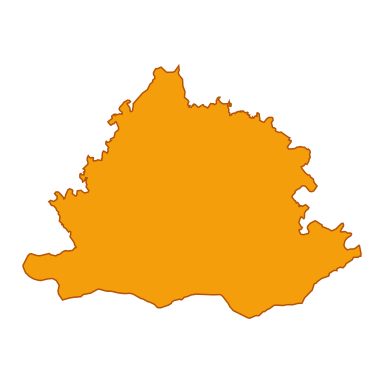 the district of Bougouriba, Bougouriba, Burkina Faso
{"feature_id": "67063806B9563364372336", "entity_name": "Bougouriba", "entity_type": "district", "adm_level": 2, "iso_a3": "BFA", "parent_name": "Burkina Faso", "parent_adm1": "Bougouriba", "projection": "albers", "projection_center": [-3.423, 10.888], "detail": "fine", "context": "isolated", "style": "filled", "palette": "amber", "viewbox_px": 384, "rotation_deg": 0, "n_neighbors": 0, "source": "geoboundaries", "source_scale": "gbopen_adm2", "svg_char_len": 5970}
<svg xmlns="http://www.w3.org/2000/svg" viewBox="0 0 384 384"><path d="M178.7,65.8L174.8,71.4L173.1,72.2L166.6,72.3L161.0,67.1L157.7,68.6L155.6,68.8L153.5,72.6L153.5,74.7L154.7,76.3L154.8,78.5L152.7,80.2L152.7,81.9L150.1,84.1L147.4,89.7L142.7,93.0L133.1,103.9L133.4,104.6L132.5,110.6L131.5,111.6L130.3,111.4L129.7,107.5L127.0,103.8L127.4,103.2L129.2,102.9L130.5,101.7L129.7,100.5L127.5,100.2L123.7,102.4L122.5,104.5L120.3,106.5L119.1,108.8L119.8,110.4L121.8,111.9L122.3,113.7L122.1,114.3L120.1,113.8L117.0,114.7L115.4,114.2L115.0,115.4L114.1,114.3L111.7,116.1L112.2,118.5L108.0,121.6L108.2,122.4L110.5,125.1L111.1,125.1L113.3,123.7L114.1,123.6L115.6,121.7L116.2,121.9L118.5,127.3L118.6,129.6L115.1,132.5L114.1,137.3L110.6,138.9L110.2,140.7L110.9,140.7L109.7,141.8L107.4,142.4L106.5,141.3L106.0,141.7L105.8,144.0L108.7,147.5L107.9,148.8L108.0,151.4L107.3,153.1L103.7,151.0L103.3,151.2L102.6,152.4L102.1,156.0L102.4,157.5L101.5,158.8L102.0,159.9L100.8,160.5L97.9,159.8L96.5,160.6L93.5,160.9L93.0,160.1L93.5,157.9L93.1,157.5L90.0,157.8L88.3,155.7L87.3,157.8L87.1,159.9L87.9,162.1L87.9,164.1L83.1,168.8L84.7,169.6L84.7,171.8L83.9,171.8L83.5,172.4L84.3,174.0L84.0,174.7L82.2,175.0L80.9,173.6L80.4,173.6L79.9,174.4L79.9,177.5L82.3,179.9L82.7,182.0L84.9,180.4L85.7,177.5L87.2,178.0L86.0,180.5L86.2,183.2L87.0,184.5L86.2,186.1L86.2,187.1L88.8,190.6L88.1,192.1L84.9,192.9L83.9,192.7L81.0,190.3L77.3,190.8L76.7,195.1L76.2,195.9L75.0,195.8L72.3,193.5L72.7,190.6L72.0,189.7L69.6,188.8L67.9,189.9L65.8,194.6L64.8,198.5L63.8,198.9L63.5,197.6L60.5,194.0L58.3,192.0L56.1,191.9L54.6,193.5L55.9,195.3L57.2,196.1L57.0,198.7L56.4,199.6L53.7,201.5L50.6,200.4L48.8,201.7L50.4,203.2L50.4,204.2L51.6,205.4L53.9,206.0L55.8,208.1L56.8,210.5L58.6,212.2L58.2,213.8L60.0,216.3L59.4,221.1L62.8,224.4L61.1,224.4L63.2,225.2L63.3,226.5L64.0,227.4L65.7,228.3L68.5,232.0L69.6,231.3L70.6,231.8L70.7,234.4L70.0,236.6L74.1,242.5L74.7,245.2L76.2,247.1L75.7,247.8L74.7,247.9L72.5,250.4L67.3,251.1L66.1,250.6L64.9,250.8L62.8,251.7L59.5,254.4L57.9,254.5L55.8,255.9L50.9,254.8L49.2,253.5L39.8,255.8L36.5,255.5L31.5,253.8L29.9,253.9L28.0,255.6L23.0,265.4L23.3,267.4L25.6,272.7L29.1,276.2L33.4,278.8L38.1,280.2L40.9,280.5L47.8,278.9L51.3,278.6L52.9,278.6L56.3,280.5L59.2,285.3L58.0,291.0L58.6,294.1L62.5,300.0L69.3,298.0L75.7,297.0L77.4,297.2L78.7,296.6L80.1,296.9L81.4,296.3L83.0,294.6L90.7,293.1L97.0,289.6L98.9,289.0L106.4,291.1L111.7,291.3L118.2,292.9L124.5,293.6L129.9,293.3L133.1,294.1L141.1,298.6L143.3,299.1L147.7,301.6L149.8,302.1L154.5,304.4L157.5,307.6L160.6,307.8L168.5,305.1L171.1,303.5L172.0,301.9L173.9,300.6L180.0,299.1L181.0,299.8L182.0,299.6L184.3,297.2L186.6,296.8L191.9,294.7L193.9,294.6L195.1,294.1L213.5,294.8L219.3,294.6L220.9,294.8L222.7,296.3L228.2,303.4L229.8,306.6L233.3,310.6L247.6,317.7L249.8,318.2L255.7,315.6L258.9,315.7L263.1,311.7L264.6,311.6L267.9,309.2L269.3,308.8L274.4,305.1L283.6,305.5L286.6,304.7L292.9,304.7L298.0,303.4L302.0,303.2L304.6,297.8L312.2,290.1L314.2,283.9L316.1,283.1L317.9,281.2L321.8,278.4L328.6,276.1L328.5,275.6L329.2,275.0L329.1,273.5L333.0,271.0L334.1,270.4L337.0,270.6L336.7,269.3L337.7,268.3L340.3,267.2L343.0,267.8L345.1,265.7L346.2,263.6L352.3,259.7L353.4,257.4L358.3,257.2L359.3,256.3L360.8,256.2L361.0,253.6L359.4,245.6L359.0,245.3L355.5,248.1L353.6,249.0L350.9,249.0L347.2,249.8L344.7,247.5L343.9,245.1L345.0,240.6L347.4,237.8L350.4,236.0L351.4,234.9L351.5,233.9L351.1,233.3L349.8,233.0L347.4,233.1L346.1,232.0L344.3,231.5L341.8,232.0L340.7,231.8L340.5,231.2L341.1,229.8L343.4,226.3L343.6,225.1L343.0,223.3L341.5,223.5L335.8,229.1L331.7,230.9L328.4,229.0L322.3,226.7L322.1,225.1L315.7,221.0L314.7,220.9L310.1,223.4L307.6,226.3L307.4,228.3L309.0,231.3L308.4,233.4L303.5,234.7L300.8,234.2L299.3,231.5L299.2,229.6L300.3,229.7L301.5,229.0L302.3,227.3L301.3,227.0L299.2,223.3L298.9,222.4L300.2,218.3L301.2,216.7L303.8,218.7L304.4,217.8L304.6,212.9L306.1,210.6L308.3,208.9L308.9,207.6L305.7,204.7L302.4,206.3L300.8,205.6L299.3,206.6L298.8,206.2L299.5,205.2L297.8,202.7L297.3,202.4L296.3,203.0L295.5,201.0L294.0,199.9L292.0,197.0L292.3,195.7L295.1,192.7L295.0,191.3L297.8,189.1L299.2,188.8L302.1,185.9L303.9,185.8L305.6,186.4L309.6,191.3L310.7,191.6L312.2,191.6L314.0,190.7L317.1,186.1L314.0,182.3L313.3,179.1L310.5,176.9L309.6,175.0L308.0,175.0L305.9,173.5L302.3,169.1L301.2,166.9L303.8,165.7L305.5,163.7L307.0,164.4L308.9,161.0L309.0,159.2L309.9,158.1L310.2,156.7L309.5,154.8L310.2,152.3L309.8,150.5L308.2,149.0L307.6,149.5L306.8,149.4L304.6,147.2L302.5,147.2L300.1,146.5L299.2,147.2L297.3,147.0L295.1,148.5L288.8,149.1L287.4,147.3L288.3,145.5L291.0,142.1L291.1,140.7L290.0,140.7L289.8,139.9L288.7,139.8L289.8,137.8L288.4,137.3L281.0,132.1L278.6,132.5L276.2,131.3L275.4,130.7L275.7,128.9L274.4,127.9L272.6,127.6L271.4,122.7L273.1,120.2L272.6,117.7L271.1,117.3L268.6,117.5L266.5,119.1L264.2,122.1L263.1,122.1L259.6,120.3L259.9,118.8L259.4,117.0L259.3,114.2L258.2,113.1L257.6,112.8L256.9,113.2L256.8,116.3L255.1,116.0L253.9,118.0L252.5,116.9L252.5,117.9L251.3,118.1L249.5,117.1L249.8,116.4L248.8,115.6L249.4,114.9L247.3,114.3L248.0,112.7L247.4,112.3L246.0,112.7L244.6,112.4L243.0,110.9L241.6,111.8L241.2,111.0L240.4,111.1L240.0,111.9L238.6,111.3L237.0,112.3L236.3,112.1L235.5,113.5L234.1,113.0L231.8,113.9L231.0,115.3L229.7,115.4L229.8,113.1L228.7,112.1L228.8,109.3L227.6,105.9L227.8,105.2L230.3,106.4L231.1,106.0L231.1,104.0L230.7,103.4L229.7,104.1L229.2,101.5L228.6,103.1L227.6,103.7L223.6,103.9L221.9,103.3L219.8,101.5L218.4,99.1L218.5,98.4L219.8,97.8L219.9,97.2L218.5,97.3L217.3,98.3L217.0,99.8L216.3,100.4L216.5,103.1L216.0,103.8L214.2,104.7L213.6,103.8L210.6,103.6L208.0,107.7L207.4,108.0L206.6,107.1L204.1,106.3L203.4,104.9L202.7,104.7L198.4,107.4L195.8,105.3L195.6,104.6L193.8,104.1L193.5,105.4L192.8,105.0L191.3,107.3L188.9,107.0L189.9,105.6L187.9,105.3L187.8,104.2L188.8,101.5L187.5,99.8L184.7,97.6L184.5,96.9L185.0,91.7L182.9,86.1L182.5,79.2L179.4,75.6L178.2,72.7L179.2,70.1L178.7,65.8Z" fill="#f59e0b" stroke="#b45309" stroke-width="1.5"/></svg>